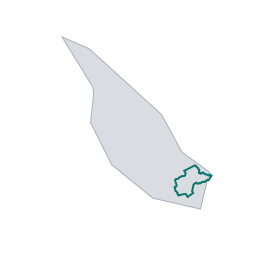 Ngchesechang, Airai, Palau (highlighted), rotated 303°
{"feature_id": "81905179B88239301587184", "entity_name": "Ngchesechang", "entity_type": "district", "adm_level": 2, "iso_a3": "PLW", "parent_name": "Palau", "parent_adm1": "Airai", "projection": "albers", "projection_center": [134.583, 7.399], "detail": "fine", "context": "in_parent", "style": "outline", "palette": "teal", "viewbox_px": 256, "rotation_deg": 303, "n_neighbors": 0, "source": "geoboundaries", "source_scale": "gbopen_adm2", "svg_char_len": 2938}
<svg xmlns="http://www.w3.org/2000/svg" viewBox="0 0 256 256"><g transform="rotate(303 128 128)"><path d="M135.4,220.1L99.5,232.9L82.7,187.2L88.3,134.3L112.1,93.7L137.9,80.6L143.3,76.0L168.4,23.1L173.3,52.3L157.5,148.9L137.1,186.5L135.4,220.1Z" fill="#d9dde1" stroke="#a8b0b8" stroke-width="1"/><path d="M98.9,207.0L102.9,210.7L104.1,212.3L102.7,215.5L106.1,216.9L109.0,218.0L109.9,216.2L116.3,213.8L117.7,214.2L118.0,214.4L118.9,214.5L119.1,214.7L119.3,215.1L119.5,215.6L119.3,215.9L119.3,216.0L119.2,216.4L119.4,216.9L119.5,217.2L119.6,217.4L119.8,217.6L120.5,217.7L121.0,218.0L121.0,218.7L121.1,218.9L121.5,219.0L121.8,219.2L122.1,219.3L122.3,219.3L122.6,219.3L123.1,219.5L123.3,219.7L123.4,219.9L123.7,220.3L124.3,221.5L124.6,221.8L124.8,221.8L125.0,221.9L125.3,221.8L125.6,221.8L126.0,221.9L126.1,222.0L126.3,222.4L126.5,222.5L127.2,222.6L127.4,222.7L128.0,224.0L133.6,224.0L133.7,223.8L133.7,223.7L133.5,223.4L133.4,223.3L133.4,223.2L133.2,223.0L133.2,222.9L133.1,222.7L132.9,222.6L133.0,222.5L132.9,222.5L132.9,222.4L133.0,222.2L132.9,222.1L132.9,221.9L132.6,221.8L132.6,221.7L132.5,221.4L132.4,221.4L132.4,221.1L132.4,220.9L132.2,220.8L132.1,220.7L132.0,220.4L132.0,220.2L132.1,219.9L132.0,219.7L131.9,219.6L131.9,219.4L131.8,219.2L131.7,219.1L131.7,218.9L131.5,218.7L131.4,218.4L131.3,218.2L131.2,217.8L131.2,217.7L131.3,217.5L131.2,217.3L131.2,217.2L131.3,217.0L131.4,216.9L131.4,216.7L131.4,216.4L131.5,216.3L131.5,216.2L131.6,215.9L131.7,215.5L131.6,215.3L131.6,215.2L131.4,215.0L131.2,215.0L131.1,214.9L130.9,214.8L130.8,214.7L130.7,214.6L130.5,214.4L130.4,214.4L130.2,214.4L129.9,214.3L129.8,214.2L129.7,214.2L129.7,214.3L129.5,214.2L129.4,214.1L129.4,213.9L129.2,213.9L129.3,213.9L129.4,213.7L129.3,213.4L129.5,213.2L129.6,212.9L129.7,212.7L129.7,212.4L129.5,212.2L129.4,212.2L129.2,212.2L128.9,212.2L128.9,211.9L129.0,211.8L129.4,211.8L129.5,211.8L129.5,211.7L129.8,211.5L130.0,211.4L130.3,211.3L130.5,211.3L130.6,211.2L130.8,211.0L131.0,210.9L131.0,210.7L131.3,210.5L131.5,210.4L131.7,210.2L131.8,210.2L131.8,209.9L131.9,209.7L132.0,209.5L132.1,209.4L132.1,209.2L132.3,209.0L132.3,208.9L132.4,208.6L132.5,208.5L132.5,208.4L132.6,208.2L132.6,207.9L132.6,207.7L132.6,207.4L132.6,207.2L132.6,206.9L132.7,206.7L132.8,206.7L132.9,206.4L132.8,206.2L133.0,205.8L133.0,205.7L133.2,205.4L133.2,205.2L133.1,204.9L133.1,204.7L133.1,204.4L122.7,198.5L122.1,200.2L121.6,200.7L121.0,201.2L120.2,201.4L119.8,201.6L119.2,201.6L118.6,201.4L118.2,201.0L117.7,200.5L117.2,199.6L116.7,199.1L116.1,199.0L115.6,198.6L114.9,198.2L114.4,197.8L113.9,197.8L113.4,197.8L112.9,197.7L112.6,197.6L112.0,197.0L111.4,196.1L110.5,195.8L109.9,196.0L109.3,196.4L106.8,199.6L105.7,200.3L105.2,200.2L104.8,199.9L104.5,199.5L104.3,199.4L104.0,199.2L103.7,199.4L101.4,201.8L101.1,202.0L101.1,203.4L100.6,204.0L100.7,204.4L100.6,204.9L100.1,205.1L99.8,205.5L99.5,205.8L99.6,206.4L99.0,206.6L98.9,207.0Z" fill="none" stroke="#0f766e" stroke-width="2"/></g></svg>